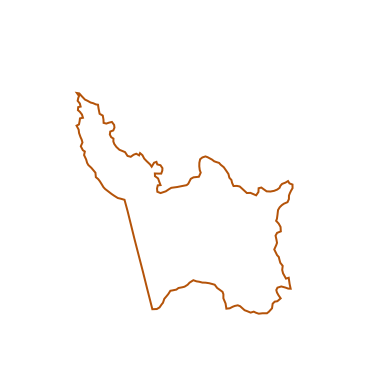 outline of Fernandes Pinheiro, Paraná, Brazil, rotated 331°
{"feature_id": "56859067B35886428615135", "entity_name": "Fernandes Pinheiro", "entity_type": "district", "adm_level": 2, "iso_a3": "BRA", "parent_name": "Brazil", "parent_adm1": "Paraná", "projection": "natural_earth1", "projection_center": [-50.502, -25.483], "detail": "fine", "context": "isolated", "style": "outline", "palette": "amber", "viewbox_px": 384, "rotation_deg": 331, "n_neighbors": 0, "source": "geoboundaries", "source_scale": "gbopen_adm2", "svg_char_len": 3090}
<svg xmlns="http://www.w3.org/2000/svg" viewBox="0 0 384 384"><g transform="rotate(331 192 192)"><path d="M281.3,229.0L278.3,229.1L274.7,228.6L272.4,229.4L270.6,230.8L267.8,231.2L264.4,230.8L260.8,229.6L257.6,227.6L256.2,224.7L254.8,221.7L252.1,221.0L250.1,224.2L246.5,226.0L242.7,221.1L239.5,219.5L237.4,213.2L236.4,210.3L234.2,208.4L231.2,206.9L231.5,203.4L232.3,200.6L231.6,197.6L232.6,193.9L232.2,189.5L231.8,185.7L230.3,182.0L229.8,179.7L227.8,177.6L226.3,175.9L225.2,173.3L223.7,171.0L222.5,169.1L221.0,167.4L217.8,166.8L215.0,167.3L212.6,170.0L210.8,173.1L209.4,176.6L209.0,179.3L205.4,182.0L200.4,179.9L197.3,179.9L192.7,183.0L190.6,183.4L186.3,182.0L181.3,180.4L178.5,179.3L175.9,178.3L173.1,178.4L169.4,178.7L167.2,178.3L164.0,177.7L161.8,175.0L163.1,172.0L165.3,169.6L167.8,170.7L168.3,167.3L168.9,163.7L167.3,160.2L168.5,157.8L171.0,159.3L174.0,161.0L176.4,158.9L177.7,156.8L177.4,153.3L175.0,151.0L175.5,148.4L173.0,148.0L169.0,150.3L168.7,147.5L167.3,143.1L166.4,139.6L166.5,135.8L165.4,132.8L163.5,134.3L161.8,131.5L159.0,131.1L155.5,131.5L153.1,129.2L152.8,124.7L151.0,122.4L149.0,119.9L147.7,115.9L147.3,112.3L147.7,109.7L149.2,107.2L147.9,104.9L148.0,101.9L149.8,99.5L153.0,100.0L155.4,98.1L156.4,95.6L155.9,91.9L153.0,91.1L150.2,90.6L148.2,88.7L149.7,85.7L151.0,81.9L149.1,78.8L150.8,73.5L152.1,70.1L150.4,68.8L148.6,66.4L146.7,64.6L144.8,61.5L143.2,59.3L142.0,54.7L141.2,51.1L139.3,49.6L139.7,53.3L138.0,54.7L136.2,56.8L136.8,60.2L136.0,63.3L133.6,62.6L131.9,65.1L132.8,67.5L133.3,70.9L132.6,74.2L129.7,73.3L128.1,75.5L125.9,78.1L123.2,78.0L123.1,82.5L121.8,85.7L121.1,90.0L120.9,92.7L120.2,95.6L116.9,98.1L116.8,102.5L117.9,104.6L115.5,107.4L115.2,112.2L114.4,115.6L114.4,118.1L115.7,122.1L116.9,128.3L115.1,132.4L116.2,135.2L116.6,137.9L116.8,142.0L116.9,144.9L117.5,147.3L119.1,151.0L120.7,154.7L122.2,157.7L124.2,161.3L126.6,163.5L129.2,166.1L126.4,177.5L118.8,205.6L110.3,238.4L105.9,254.8L100.5,275.3L104.5,277.3L107.7,277.2L110.9,275.6L112.9,274.8L116.0,272.0L119.2,270.8L121.7,269.8L125.2,267.9L127.2,268.6L131.1,269.8L133.6,269.4L137.6,270.7L139.6,271.2L143.2,271.0L145.9,270.1L150.4,269.8L152.6,272.3L154.8,274.0L157.2,276.3L159.8,277.8L162.8,280.1L165.2,282.4L166.9,284.1L167.5,288.2L168.9,291.1L170.3,294.1L169.9,296.6L167.9,300.2L167.3,305.8L165.5,310.7L168.6,312.0L172.0,312.1L174.2,312.4L177.1,313.3L178.7,315.2L180.7,320.9L182.5,323.0L184.8,325.9L188.0,326.6L189.4,328.6L191.4,330.8L195.0,332.3L198.8,334.4L201.2,334.0L205.6,332.5L208.4,328.8L211.2,328.0L213.7,328.9L218.0,328.0L217.6,324.3L217.6,321.0L218.2,318.6L220.4,317.1L224.3,317.9L227.4,320.9L229.3,323.1L231.4,324.4L232.8,319.7L235.0,313.9L232.2,313.3L232.2,307.3L233.1,303.9L235.5,300.6L234.9,296.7L235.7,293.4L236.4,290.9L235.8,288.5L236.1,282.1L239.9,279.3L241.7,277.7L242.8,274.5L243.9,270.7L246.6,269.0L250.6,269.5L252.5,265.5L252.5,261.7L251.6,258.0L253.3,256.6L255.7,253.4L258.5,249.5L261.2,247.9L264.0,247.1L266.7,246.8L270.6,247.2L273.3,245.2L275.1,242.1L277.0,240.5L279.1,239.0L281.8,237.4L283.5,234.2L281.4,231.7L281.3,229.0Z" fill="none" stroke="#b45309" stroke-width="2"/></g></svg>